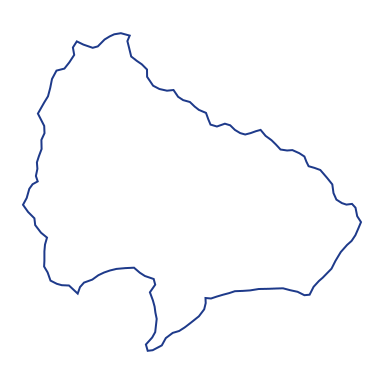 Queiroz, São Paulo, Brazil
{"feature_id": "56859067B20589699354509", "entity_name": "Queiroz", "entity_type": "district", "adm_level": 2, "iso_a3": "BRA", "parent_name": "Brazil", "parent_adm1": "São Paulo", "projection": "albers", "projection_center": [-50.245, -21.799], "detail": "fine", "context": "isolated", "style": "outline", "palette": "blue", "viewbox_px": 384, "rotation_deg": 0, "n_neighbors": 0, "source": "geoboundaries", "source_scale": "gbopen_adm2", "svg_char_len": 1934}
<svg xmlns="http://www.w3.org/2000/svg" viewBox="0 0 384 384"><path d="M23.0,204.8L28.1,212.0L34.4,218.3L35.2,225.1L41.0,232.7L47.0,237.6L45.0,244.6L44.4,251.4L44.4,260.8L44.1,266.5L47.6,272.4L50.5,280.6L56.8,283.8L61.8,285.2L69.0,285.5L77.7,293.6L80.0,287.1L84.0,282.6L92.3,279.6L98.4,275.2L104.1,272.5L109.9,270.5L116.5,268.9L125.5,268.1L134.0,267.7L139.8,272.7L144.9,276.0L153.7,279.0L155.2,284.7L149.9,292.3L152.9,300.4L154.6,306.6L155.4,312.6L156.7,318.9L155.2,332.1L152.2,337.5L145.9,344.5L147.7,350.8L152.7,350.2L161.8,345.4L165.8,338.1L172.7,332.9L179.1,331.0L184.6,327.5L190.6,322.9L198.9,316.3L204.2,309.3L205.7,303.1L205.5,298.0L211.0,298.5L216.7,296.6L223.1,294.7L229.2,293.1L234.9,291.2L242.7,290.9L250.1,290.4L258.8,289.0L268.7,288.8L276.4,288.5L283.0,288.3L290.2,290.2L297.6,291.8L304.4,295.2L309.6,294.7L313.6,286.8L319.0,280.9L322.7,277.7L331.5,268.7L335.5,260.8L340.8,252.0L347.1,244.9L351.6,240.9L355.4,235.2L358.4,228.3L361.0,222.1L357.2,216.2L355.5,207.7L352.0,203.9L346.4,204.6L341.9,203.1L336.4,199.6L333.5,193.1L332.3,184.4L327.1,177.9L320.3,170.0L314.5,167.9L308.6,166.2L306.4,161.7L304.4,156.5L299.3,153.2L292.4,150.1L287.1,150.5L280.5,149.5L275.7,144.3L271.5,140.2L265.6,135.9L260.6,129.9L255.9,131.2L250.6,133.1L245.2,134.5L240.2,133.1L234.9,129.9L230.2,125.3L224.9,123.7L216.9,126.5L210.5,124.6L208.3,119.3L206.0,112.9L198.9,109.9L194.7,106.6L189.9,102.0L183.1,100.1L178.1,96.8L173.5,90.0L167.0,90.7L159.4,89.0L153.1,85.7L147.1,76.8L147.0,69.5L141.8,64.3L136.7,60.8L131.2,56.5L129.2,48.3L127.4,41.1L129.7,35.6L120.9,33.2L114.2,34.3L109.7,36.4L104.6,39.5L97.8,46.4L92.7,47.8L83.4,44.6L76.8,41.4L72.9,47.5L74.2,54.9L69.3,62.4L64.4,68.6L56.5,70.6L52.0,79.0L50.2,88.0L48.0,96.3L44.2,102.5L41.7,106.9L37.9,113.6L44.2,125.9L44.5,133.2L41.4,139.9L41.6,149.0L38.9,156.2L36.9,162.4L37.4,168.8L35.9,176.0L37.7,181.4L32.6,184.2L29.3,188.8L26.7,198.0L23.0,204.8Z" fill="none" stroke="#1e3a8a" stroke-width="2"/></svg>